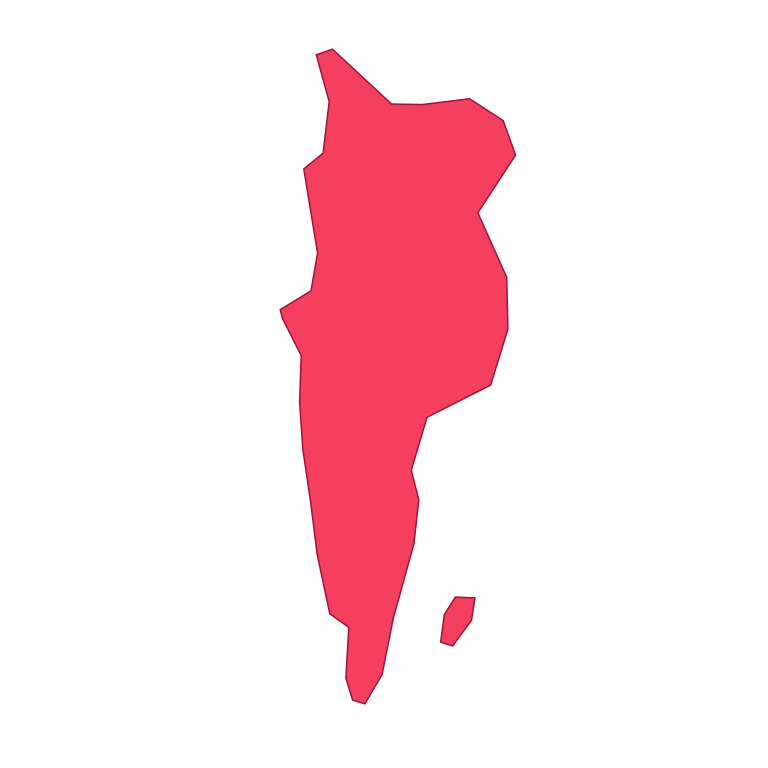 outline of St. Croix, United States Virgin Islands, United States of America, rotated 102°
{"feature_id": "52423323B37020317002794", "entity_name": "St. Croix", "entity_type": "district", "adm_level": 2, "iso_a3": "USA", "parent_name": "United States of America", "parent_adm1": "United States Virgin Islands", "projection": "natural_earth1", "projection_center": [-64.727, 17.735], "detail": "fine", "context": "isolated", "style": "filled", "palette": "rose", "viewbox_px": 768, "rotation_deg": 102, "n_neighbors": 0, "source": "geoboundaries", "source_scale": "gbopen_adm2", "svg_char_len": 684}
<svg xmlns="http://www.w3.org/2000/svg" viewBox="0 0 768 768"><g transform="rotate(102 384 384)"><path d="M67.2,504.1L76.1,518.7L119.2,496.3L170.9,491.6L190.3,507.2L269.7,476.2L308.0,474.8L332.9,501.0L340.9,497.0L373.4,470.9L419.2,462.8L464.5,449.9L515.9,430.8L564.9,413.8L620.1,389.2L629.4,367.8L663.6,362.6L679.7,360.1L699.7,349.0L700.8,336.2L668.6,325.5L611.2,326.2L534.1,321.5L490.0,325.9L462.7,339.4L407.6,335.0L362.9,279.5L304.7,274.2L254.2,286.1L197.0,327.8L132.7,302.9L101.6,322.2L87.2,359.6L102.7,404.7L108.6,434.8L67.2,504.1ZM574.3,250.6L577.6,269.9L597.2,277.1L624.8,274.9L625.9,262.4L597.0,249.3L574.3,250.6Z" fill="#f43f5e" stroke="#9f1239" stroke-width="1.5"/></g></svg>